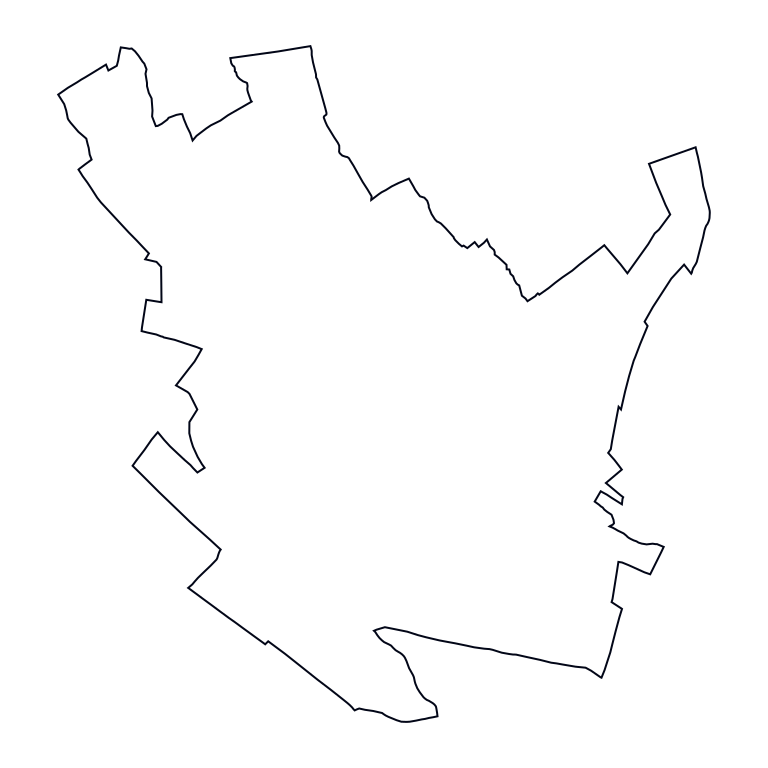 Costesti, Iasi, Romania (orthographic projection)
{"feature_id": "2599482B63280178112896", "entity_name": "Costesti", "entity_type": "district", "adm_level": 2, "iso_a3": "ROU", "parent_name": "Romania", "parent_adm1": "Iasi", "projection": "orthographic", "projection_center": [26.927, 47.235], "detail": "fine", "context": "isolated", "style": "outline", "palette": "ink", "viewbox_px": 768, "rotation_deg": 0, "n_neighbors": 0, "source": "geoboundaries", "source_scale": "gbopen_adm2", "svg_char_len": 5807}
<svg xmlns="http://www.w3.org/2000/svg" viewBox="0 0 768 768"><path d="M705.3,227.9L706.2,225.7L707.5,223.9L708.3,222.2L709.0,220.4L709.5,218.1L709.8,212.7L709.7,210.8L708.9,207.1L706.5,199.0L705.3,193.7L703.2,186.2L702.0,177.7L701.1,172.3L697.9,156.7L696.9,152.9L695.6,147.3L649.0,163.8L656.2,182.9L662.0,196.5L665.5,204.9L670.2,214.5L662.5,224.9L658.9,229.7L654.7,233.4L648.2,244.2L627.4,273.3L620.5,264.3L618.2,261.6L606.7,248.1L604.3,245.2L601.7,247.3L590.8,255.8L579.4,264.6L572.3,270.6L562.5,277.3L555.3,282.7L549.0,287.8L539.3,294.7L538.8,294.0L537.8,293.4L536.5,294.6L535.5,296.0L527.5,301.2L525.5,298.5L521.9,295.7L519.2,285.4L517.7,284.6L516.3,283.3L514.4,279.9L513.2,276.3L510.5,273.8L509.3,269.5L506.7,269.3L506.5,264.8L498.6,257.5L494.7,254.6L494.7,252.1L494.0,250.0L490.0,246.4L486.9,239.5L483.9,242.8L478.6,247.0L474.7,242.1L467.3,248.1L463.6,245.6L462.0,246.4L458.9,243.8L455.3,240.2L453.9,238.2L453.7,237.2L445.7,228.3L440.9,223.5L438.7,222.2L437.0,221.5L434.9,219.3L431.6,214.1L428.8,207.3L428.7,205.3L428.0,203.0L427.2,200.8L424.4,197.7L420.0,196.3L418.8,194.8L415.3,190.0L413.4,186.4L408.9,178.6L398.4,183.1L391.7,186.4L385.8,190.1L381.7,192.2L378.8,194.2L371.2,200.0L371.2,199.3L371.5,197.8L371.6,196.5L371.2,195.6L367.6,189.6L362.7,182.0L358.1,173.9L353.4,165.5L350.0,160.1L349.0,158.3L347.4,157.1L345.2,156.6L342.3,155.6L341.1,154.5L339.7,153.1L339.1,151.7L339.3,148.5L339.2,145.6L337.9,142.9L334.3,137.5L327.1,125.7L325.5,122.1L323.8,117.7L323.9,116.7L324.2,116.2L326.3,114.6L326.5,113.9L326.4,112.5L325.4,108.6L317.3,79.4L316.1,77.5L316.0,74.3L313.0,62.3L311.7,55.0L311.7,51.0L311.4,49.3L310.4,46.1L277.9,51.5L230.3,58.1L231.3,63.3L232.8,65.7L234.0,66.4L234.5,67.3L234.9,69.4L234.8,71.1L235.6,72.1L236.1,72.3L236.9,75.6L238.3,77.5L239.9,79.1L243.2,81.4L246.1,82.5L247.1,83.1L247.6,86.0L247.3,88.7L247.4,90.2L248.1,92.8L249.3,96.2L250.8,100.4L251.7,101.6L231.3,113.3L227.9,115.3L220.4,120.6L210.9,125.3L206.3,128.4L199.6,133.5L196.5,135.9L192.6,140.5L190.2,133.2L186.9,126.5L183.9,119.2L182.3,114.2L180.5,114.1L176.4,114.9L168.6,117.8L167.3,119.6L161.7,123.8L157.7,125.9L155.8,126.1L152.1,116.5L152.5,110.7L151.6,98.4L148.8,92.9L147.0,86.1L147.0,82.9L145.5,73.8L146.5,69.3L144.3,63.6L142.5,61.6L138.6,55.8L135.0,51.3L131.7,48.5L129.4,48.8L126.3,48.2L120.8,47.4L119.0,55.6L118.2,60.5L116.8,65.8L108.4,70.5L106.0,64.6L93.0,72.6L85.1,77.4L81.4,79.5L77.1,82.3L67.9,87.8L58.2,94.6L64.2,104.1L66.2,110.5L67.1,114.9L67.7,118.2L68.3,119.6L70.5,122.6L78.4,131.8L86.3,138.6L87.6,144.0L88.7,147.9L89.7,154.6L91.6,159.6L85.1,164.4L79.6,168.6L78.5,169.6L80.4,172.5L82.7,176.2L87.4,182.6L91.7,189.1L97.2,197.7L100.9,202.4L107.4,209.4L113.7,216.2L118.7,221.6L128.9,232.6L136.7,240.5L142.9,247.1L148.9,253.4L147.5,255.7L145.2,259.3L156.5,261.9L161.2,267.0L161.1,267.6L161.3,282.8L161.5,302.2L158.8,301.8L146.3,299.8L142.0,327.3L141.6,331.1L147.6,332.6L156.3,334.5L161.1,336.4L162.7,336.7L163.7,337.4L174.5,339.8L185.3,343.4L196.7,347.1L201.7,349.1L198.6,354.7L194.6,361.5L189.4,368.1L176.0,385.4L187.7,392.1L189.5,393.9L197.3,409.5L189.4,422.1L189.3,433.3L191.1,440.7L193.0,446.7L197.6,456.8L201.9,464.1L204.6,467.8L197.4,472.5L193.1,468.1L190.5,465.1L184.5,459.9L177.0,452.9L170.0,446.3L164.3,440.1L157.8,432.2L151.7,439.5L144.4,450.0L136.0,461.0L132.6,465.8L140.2,473.3L158.8,491.9L180.5,512.7L190.0,521.9L210.0,539.7L220.7,549.6L219.9,550.7L219.1,552.4L218.3,554.7L217.4,557.8L217.0,558.7L216.5,559.6L210.8,565.5L203.9,572.1L198.1,577.7L194.8,581.4L192.3,584.4L188.2,587.9L202.8,598.7L210.3,604.2L220.4,611.7L228.8,617.9L234.8,622.1L242.4,627.7L253.8,636.0L263.2,642.8L265.2,644.3L268.2,641.3L285.0,653.8L297.6,663.8L307.9,672.0L317.7,679.8L330.8,689.8L342.8,699.3L347.4,703.0L349.8,705.1L352.1,707.4L353.6,709.3L354.7,710.4L356.8,709.4L359.2,708.5L365.0,709.8L373.3,711.0L379.4,712.4L382.1,713.0L383.7,714.2L385.7,715.5L388.3,716.8L396.6,720.2L401.3,721.7L406.6,721.9L409.8,721.7L416.1,720.6L421.8,719.4L425.1,718.9L429.2,717.9L433.3,717.2L437.5,716.3L437.1,712.9L436.3,708.1L435.9,706.4L434.4,704.5L432.7,703.1L428.9,700.8L426.8,699.9L424.9,698.5L423.5,697.2L419.8,692.3L417.3,688.3L415.4,683.7L414.8,681.6L413.9,677.3L413.1,675.3L409.1,668.2L406.5,661.1L404.9,657.7L403.8,656.1L402.0,654.3L400.0,652.8L398.2,651.8L395.6,650.2L393.1,647.8L391.1,645.6L389.1,644.5L384.1,642.1L382.0,640.4L379.6,638.1L377.4,635.3L375.2,631.9L374.0,630.8L376.5,629.7L384.9,627.2L393.4,628.9L400.4,630.3L407.3,631.7L417.9,635.1L426.2,637.3L439.4,640.4L447.4,641.9L455.1,643.3L466.8,645.7L474.1,647.3L484.2,648.7L489.5,649.1L492.6,649.8L501.8,652.7L509.1,654.0L512.8,654.5L516.0,654.6L526.7,657.0L534.1,658.6L540.1,659.9L551.2,662.7L556.5,663.4L562.6,664.5L575.6,666.7L585.6,667.7L591.1,670.7L600.6,677.3L601.5,677.7L604.6,670.0L607.3,661.6L610.3,652.4L612.4,643.9L615.7,631.0L619.4,617.3L622.0,608.9L611.6,602.1L612.5,599.1L614.2,588.5L617.0,571.0L618.4,561.9L622.1,562.5L628.7,565.2L644.4,572.3L649.6,574.1L650.2,574.3L661.3,552.0L663.7,546.9L658.6,544.8L657.0,544.1L655.3,544.1L652.6,543.7L646.6,544.4L641.7,543.6L638.5,542.6L636.6,541.4L635.8,541.1L633.7,540.4L630.6,538.9L628.7,537.8L627.3,536.7L626.5,535.8L623.6,533.4L617.6,530.5L615.3,529.1L612.5,527.6L609.5,526.4L610.2,525.9L611.6,525.3L613.1,524.4L614.0,523.2L613.5,519.8L611.5,514.7L607.2,511.9L604.3,509.6L602.7,507.5L600.9,506.4L599.0,504.7L594.7,501.6L600.7,491.3L606.8,494.6L611.9,498.0L621.9,504.3L622.5,498.9L623.2,497.2L620.3,495.0L605.9,483.0L621.8,469.6L619.1,466.0L614.4,459.9L608.2,452.9L610.8,449.2L612.2,440.5L618.6,406.8L621.0,409.5L625.1,391.5L629.1,376.1L633.7,360.7L635.2,357.1L640.1,344.2L647.6,326.0L644.6,321.7L652.9,307.0L659.0,297.6L671.3,278.6L684.1,264.6L691.2,273.7L691.8,272.7L692.3,270.5L693.2,268.1L695.8,263.9L696.8,261.8L700.3,248.0L703.1,237.3L704.5,230.5L705.3,227.9Z" fill="none" stroke="#020617" stroke-width="2"/></svg>